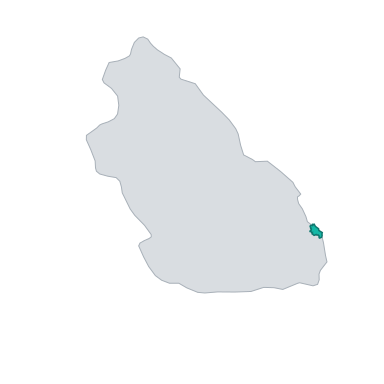 Pagli, Samchi, Bhutan shown in context, rotated 229°
{"feature_id": "84629894B20130203426207", "entity_name": "Pagli", "entity_type": "district", "adm_level": 2, "iso_a3": "BTN", "parent_name": "Bhutan", "parent_adm1": "Samchi", "projection": "mercator", "projection_center": [89.207, 26.85], "detail": "fine", "context": "in_parent", "style": "filled", "palette": "teal", "viewbox_px": 384, "rotation_deg": 229, "n_neighbors": 0, "source": "geoboundaries", "source_scale": "gbopen_adm2", "svg_char_len": 2965}
<svg xmlns="http://www.w3.org/2000/svg" viewBox="0 0 384 384"><g transform="rotate(229 192 192)"><path d="M303.1,166.3L302.5,168.6L299.9,174.8L298.3,181.5L299.7,187.0L305.4,193.6L313.2,198.8L323.0,199.2L332.1,197.2L335.7,198.1L340.6,206.8L344.1,214.4L339.4,222.2L336.8,229.1L335.8,233.9L336.4,236.0L339.3,239.9L342.7,246.6L343.2,252.8L341.1,256.9L336.4,258.9L331.4,258.3L327.3,258.4L322.2,259.1L314.1,261.4L306.7,264.3L292.7,263.8L287.0,257.7L284.4,257.7L271.6,265.5L257.7,264.2L232.4,266.8L221.9,267.4L211.0,266.5L205.5,264.9L195.3,259.3L186.1,255.3L176.7,259.0L173.3,259.7L165.8,269.1L149.4,272.3L133.1,274.5L128.3,273.3L119.1,272.7L118.8,270.5L119.1,268.4L117.0,266.7L113.2,264.9L106.8,264.2L98.6,261.8L93.9,259.6L77.1,262.9L67.4,257.9L56.3,251.0L50.7,248.0L48.6,237.4L46.7,234.0L42.3,230.4L39.9,226.2L41.8,221.8L52.9,213.7L53.8,211.8L58.9,196.6L66.0,191.1L73.0,183.5L78.2,171.3L88.4,158.7L99.7,145.9L107.4,135.4L112.5,130.5L123.0,125.2L131.8,122.2L138.0,115.1L145.3,111.2L152.9,109.5L164.1,110.4L174.7,112.9L186.3,116.4L187.6,119.2L186.6,124.2L185.0,129.3L184.9,131.9L186.7,133.3L198.0,134.3L211.9,133.5L219.7,134.2L237.1,138.8L242.2,142.1L247.5,144.6L252.6,144.2L259.2,138.8L266.1,134.2L270.4,133.5L273.5,135.0L279.0,139.3L290.4,143.4L300.7,146.5L304.0,149.5L302.8,162.1L303.1,166.3Z" fill="#d9dde1" stroke="#a8b0b8" stroke-width="1"/><path d="M88.4,261.9L88.2,261.8L88.1,261.7L87.9,261.6L87.7,261.5L87.7,261.4L87.5,261.2L87.6,260.9L87.7,260.7L87.8,260.7L88.1,260.7L88.3,260.5L88.3,260.4L88.5,260.2L88.8,260.0L88.8,259.9L88.9,259.7L88.8,259.4L88.7,259.3L88.6,259.2L88.6,258.9L88.7,258.7L88.3,258.5L88.1,258.4L87.8,258.3L87.6,258.3L87.4,258.3L87.4,258.2L87.2,258.0L87.1,257.9L86.9,257.8L86.7,257.7L86.6,257.8L86.5,257.7L86.3,257.7L86.2,257.7L86.1,257.9L85.9,257.9L85.8,257.7L85.7,257.6L85.4,257.4L85.3,257.2L85.2,257.1L85.0,256.9L85.0,256.7L85.3,256.5L85.3,256.4L85.3,256.2L85.2,256.0L85.2,255.9L85.0,255.7L85.0,255.4L84.9,255.3L84.8,255.5L84.7,255.6L84.5,255.8L84.4,255.8L84.2,255.9L83.9,255.9L83.7,255.8L83.6,255.7L83.4,255.6L83.2,255.6L83.2,255.8L82.9,255.9L82.8,256.0L82.8,255.9L82.7,255.9L82.6,255.7L82.4,255.6L82.2,255.6L81.9,255.5L81.7,255.5L81.7,255.4L81.4,255.2L81.3,255.3L81.2,255.3L80.9,255.4L80.9,255.5L80.7,255.6L80.4,255.6L80.2,255.5L79.9,255.5L79.7,255.6L79.4,255.7L79.2,255.7L79.1,255.9L79.0,256.0L78.9,256.2L78.9,256.3L78.8,256.5L78.8,256.8L78.7,256.9L78.7,257.1L78.6,257.3L78.5,257.5L78.5,257.8L78.2,257.8L77.9,257.8L77.7,257.9L77.6,258.0L77.4,258.2L77.4,258.3L77.2,258.5L77.1,258.8L76.9,258.9L76.7,258.9L76.6,259.0L76.5,258.9L76.3,258.9L76.2,258.9L76.1,259.0L75.9,259.0L75.7,259.1L75.4,259.1L75.2,258.9L74.9,258.6L74.7,258.4L74.5,258.2L74.3,258.2L74.2,258.2L73.9,258.0L73.7,258.1L73.4,258.2L73.4,258.3L72.8,260.2L74.1,262.0L74.9,262.3L75.9,263.7L79.7,262.5L81.3,263.4L84.3,262.7L85.4,262.6L87.5,263.1L87.7,262.6L87.8,262.6L87.9,262.4L88.0,262.3L88.1,262.2L88.3,262.0L88.4,261.9Z" fill="#14b8a6" stroke="#0f766e" stroke-width="1.5"/></g></svg>